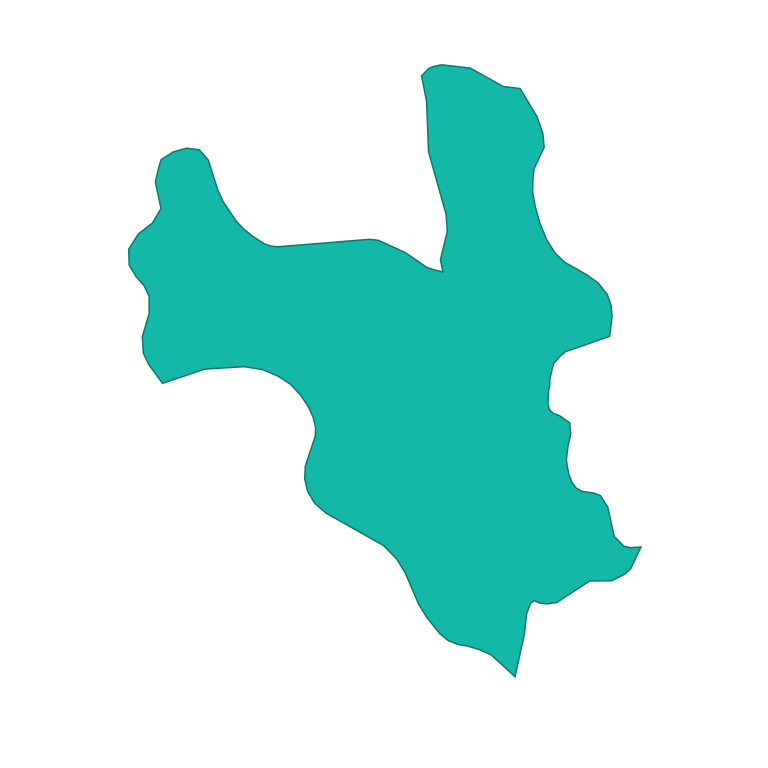 the Province of Ha Noi, rotated 352°
{"feature_id": "VNM-462", "entity_name": "Ha Noi", "entity_type": "Province", "adm_level": 1, "iso_a3": "VNM", "parent_name": "Vietnam", "parent_adm1": "", "projection": "natural_earth1", "projection_center": [105.706, 20.971], "detail": "fine", "context": "isolated", "style": "filled", "palette": "teal", "viewbox_px": 768, "rotation_deg": 352, "n_neighbors": 0, "source": "natural_earth", "source_scale": "10m", "svg_char_len": 1726}
<svg xmlns="http://www.w3.org/2000/svg" viewBox="0 0 768 768"><g transform="rotate(352 384 384)"><path d="M473.0,692.1L452.6,667.3L442.2,660.7L430.2,655.1L420.9,652.2L411.9,647.0L404.5,639.0L393.9,621.1L387.6,606.6L378.8,574.2L372.2,559.0L361.3,544.1L308.9,504.0L298.9,492.8L293.3,479.2L292.3,466.9L294.6,454.6L308.8,425.8L310.2,417.4L309.3,407.7L306.1,396.4L300.2,383.9L291.5,371.4L279.8,361.2L265.8,352.9L248.1,347.4L208.7,344.3L164.8,352.5L153.9,332.3L150.0,320.0L151.2,303.7L161.2,281.7L163.6,264.6L160.2,253.4L153.3,242.9L148.2,230.8L150.0,214.9L161.8,201.1L177.0,192.4L187.6,179.2L185.7,152.2L187.5,147.4L191.2,137.9L194.5,130.8L207.4,124.9L221.2,123.0L233.7,126.3L241.2,137.9L243.2,149.9L246.3,168.2L250.0,180.9L260.2,201.9L266.5,210.9L274.2,219.2L285.1,228.6L291.2,231.7L297.8,233.3L389.7,238.7L398.4,240.9L423.3,256.8L442.4,274.3L449.3,277.9L458.0,281.2L457.2,268.7L468.0,241.4L469.1,224.4L460.4,160.1L465.5,110.4L464.1,84.0L472.4,77.7L476.7,76.5L485.3,75.9L513.2,83.1L543.3,105.9L559.9,110.4L572.8,140.7L576.2,158.1L575.5,172.1L562.5,191.8L560.0,201.8L557.9,214.7L558.5,229.7L560.7,246.4L565.2,264.0L571.7,278.2L579.7,288.4L600.7,304.7L609.9,313.5L617.6,326.6L619.8,337.8L619.3,348.6L614.1,368.2L568.0,377.3L562.0,381.1L554.6,387.7L549.0,401.9L548.0,407.8L545.8,414.5L543.5,427.2L544.2,432.6L547.4,436.6L553.4,439.8L562.5,448.3L562.0,459.4L557.3,471.9L554.1,484.4L554.0,491.9L554.6,499.8L556.3,507.3L559.7,513.7L565.0,517.8L577.3,521.4L582.8,524.8L588.4,537.0L590.8,567.0L599.1,578.1L605.2,580.4L615.8,581.2L602.9,600.9L596.0,605.8L581.9,610.5L560.2,607.7L524.6,624.4L514.3,624.4L507.0,622.3L502.9,619.3L498.6,621.6L493.2,631.5L488.2,651.3L473.0,692.1Z" fill="#14b8a6" stroke="#0f766e" stroke-width="1.5"/></g></svg>